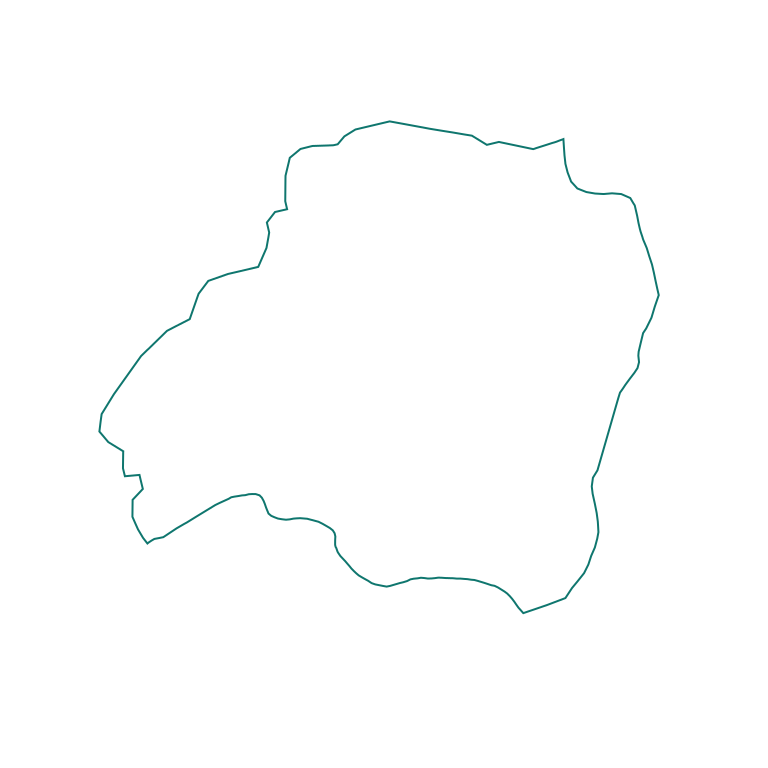 outline of Sa'fan, Sana'a, Yemen, rotated 257°
{"feature_id": "15242507B56189599867675", "entity_name": "Sa'fan", "entity_type": "district", "adm_level": 2, "iso_a3": "YEM", "parent_name": "Yemen", "parent_adm1": "Sana'a", "projection": "albers", "projection_center": [43.578, 15.072], "detail": "fine", "context": "isolated", "style": "outline", "palette": "teal", "viewbox_px": 768, "rotation_deg": 257, "n_neighbors": 0, "source": "geoboundaries", "source_scale": "gbopen_adm2", "svg_char_len": 3608}
<svg xmlns="http://www.w3.org/2000/svg" viewBox="0 0 768 768"><g transform="rotate(257 384 384)"><path d="M582.3,613.9L581.7,609.3L581.3,606.7L581.1,604.5L581.0,602.2L580.5,596.4L579.6,585.3L579.4,583.8L579.3,582.2L594.0,550.4L593.9,538.0L606.2,525.5L609.0,518.6L613.6,507.6L617.6,497.7L622.4,486.0L624.9,480.3L625.4,479.2L625.5,478.9L633.3,460.9L638.6,448.6L638.5,429.8L638.4,413.4L634.2,401.1L628.0,392.8L628.0,388.7L628.2,387.2L628.5,385.8L629.1,382.6L632.0,367.9L632.0,365.8L631.8,355.5L625.6,343.1L621.7,341.2L609.1,334.9L606.3,334.2L605.5,334.0L584.3,328.9L576.1,328.9L576.1,324.8L576.1,316.5L567.7,306.2L557.4,306.2L552.3,304.1L551.4,303.7L543.0,300.1L526.4,287.8L526.4,287.5L526.3,268.3L526.3,263.0L526.3,256.7L524.0,236.0L513.7,223.7L510.9,221.9L509.0,220.7L490.9,209.3L486.9,193.4L484.6,184.5L484.3,184.0L471.1,162.3L470.4,161.0L465.9,153.6L457.4,144.0L434.8,118.5L418.2,102.1L410.8,99.3L401.7,96.0L389.4,102.3L377.1,114.8L376.9,114.7L360.6,110.7L352.4,110.8L350.4,125.3L345.2,125.3L336.0,125.4L334.1,122.6L327.7,113.0L311.2,109.0L304.3,110.3L297.7,111.6L288.3,114.6L281.8,117.6L282.5,119.0L283.7,122.2L284.7,125.4L284.5,130.2L284.4,134.5L290.0,149.4L292.6,157.8L293.4,160.7L296.9,171.0L304.0,192.3L305.1,197.1L307.1,206.9L308.0,209.7L307.9,213.0L307.6,216.8L307.4,220.6L306.9,223.8L307.0,227.5L306.4,231.0L305.6,234.2L304.9,235.4L303.5,237.7L300.7,239.4L297.2,240.4L294.0,240.9L290.2,241.3L286.9,241.8L285.3,242.1L283.8,242.3L282.6,243.2L280.9,244.5L278.8,247.3L276.8,250.3L276.7,250.5L275.2,254.1L273.8,258.0L273.3,261.8L273.2,265.5L272.7,268.9L272.1,272.2L271.1,275.3L270.0,278.8L268.2,282.2L267.4,283.8L266.1,286.2L264.5,289.2L261.6,292.7L259.1,295.4L255.9,298.8L252.9,301.2L249.7,302.3L246.4,302.3L243.3,301.4L240.0,300.6L238.2,300.2L236.2,300.2L234.9,300.6L231.1,301.0L229.5,301.5L226.2,302.8L223.3,304.5L220.7,306.0L220.4,306.2L217.5,307.7L214.5,309.3L211.4,310.8L209.8,311.8L208.6,312.5L205.9,314.3L203.2,316.3L200.5,319.1L198.2,321.6L195.8,324.3L194.3,325.7L194.1,325.9L192.8,327.1L190.7,330.4L189.3,333.5L187.5,337.5L186.0,341.0L185.9,344.6L186.1,347.9L186.3,351.5L186.5,354.7L186.5,358.0L186.8,362.2L187.7,365.8L187.6,369.2L187.1,373.0L186.9,376.4L185.8,379.8L184.6,382.9L183.9,386.2L183.4,389.9L183.1,393.4L182.2,396.7L181.1,400.3L180.7,401.9L180.1,404.1L179.2,407.6L178.0,411.2L177.1,415.0L176.1,418.1L175.1,421.4L173.7,424.9L172.7,428.0L171.1,431.0L169.6,433.6L169.5,433.8L167.6,437.1L165.9,439.9L163.8,443.3L162.5,446.3L160.1,449.3L157.3,452.1L154.6,454.8L152.0,457.0L151.3,457.4L149.1,458.8L145.9,460.5L142.3,462.1L139.2,463.3L135.8,464.7L133.1,466.2L129.4,468.2L129.9,473.0L130.6,480.0L132.0,493.5L134.6,512.6L142.9,521.3L148.1,528.1L154.7,536.4L162.1,542.5L169.9,547.2L177.3,552.7L185.4,557.0L191.4,559.6L198.9,560.9L202.0,561.4L210.4,562.2L219.8,562.5L230.1,562.6L237.5,563.4L245.7,566.5L251.9,572.6L311.6,605.8L317.7,609.2L322.5,612.0L325.6,615.5L329.0,619.1L333.9,624.8L338.6,630.5L342.5,634.6L347.9,637.4L354.4,638.2L358.2,639.4L365.5,643.0L375.3,647.9L379.2,652.0L388.4,659.5L398.4,665.2L408.8,671.7L414.3,671.7L414.8,671.7L422.9,671.8L431.7,672.0L432.4,672.0L440.1,672.0L448.8,671.2L457.3,670.6L461.4,669.9L465.9,669.1L467.7,668.9L468.5,668.9L469.6,668.8L474.8,668.3L477.9,668.2L481.9,668.2L483.6,668.2L490.9,668.5L492.4,668.5L494.2,668.5L501.4,668.5L502.2,668.3L503.8,667.7L509.8,665.8L511.3,663.8L515.7,657.9L518.5,649.1L519.7,640.7L522.1,632.5L524.5,626.8L525.5,624.4L529.2,619.0L530.6,617.0L531.0,616.4L539.2,611.8L540.2,611.7L541.0,611.6L548.8,610.5L557.8,610.3L559.3,610.5L566.2,611.3L575.0,612.7L582.3,613.9Z" fill="none" stroke="#0f766e" stroke-width="2"/></g></svg>